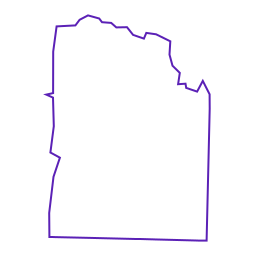 outline of Giles, Tennessee, United States of America
{"feature_id": "52423323B25757785187311", "entity_name": "Giles", "entity_type": "district", "adm_level": 2, "iso_a3": "USA", "parent_name": "United States of America", "parent_adm1": "Tennessee", "projection": "robinson", "projection_center": [-87.032, 35.224], "detail": "fine", "context": "isolated", "style": "outline", "palette": "violet", "viewbox_px": 256, "rotation_deg": 0, "n_neighbors": 0, "source": "geoboundaries", "source_scale": "gbopen_adm2", "svg_char_len": 669}
<svg xmlns="http://www.w3.org/2000/svg" viewBox="0 0 256 256"><path d="M49.4,237.0L52.4,237.0L54.8,237.1L90.5,237.9L135.7,239.0L140.2,239.0L150.6,239.3L151.3,239.3L152.3,239.3L153.6,239.4L196.1,240.5L199.0,240.6L201.1,240.6L202.5,240.6L206.6,240.6L209.7,108.7L209.6,94.3L202.8,80.9L197.1,91.6L186.2,87.9L185.5,83.7L178.1,84.2L179.8,72.9L172.5,65.7L169.5,54.6L170.3,41.3L156.1,34.3L146.3,32.9L143.9,38.6L133.1,34.9L127.0,27.2L116.3,27.4L111.2,22.9L102.0,22.2L99.2,18.5L88.0,15.4L79.6,19.8L75.4,25.4L56.6,26.4L53.2,51.6L53.1,93.1L46.3,94.6L53.0,97.6L53.8,126.2L50.4,152.5L59.9,157.7L53.5,176.8L49.2,212.9L49.4,237.0Z" fill="none" stroke="#5b21b6" stroke-width="2"/></svg>